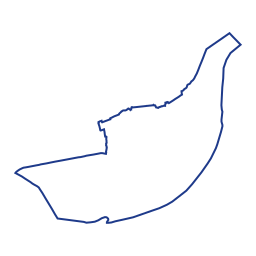 Duyen Hai, Trà Vinh, Vietnam (Mercator projection)
{"feature_id": "81297802B81116648730753", "entity_name": "Duyen Hai", "entity_type": "district", "adm_level": 2, "iso_a3": "VNM", "parent_name": "Vietnam", "parent_adm1": "Trà Vinh", "projection": "mercator", "projection_center": [106.448, 9.668], "detail": "fine", "context": "isolated", "style": "outline", "palette": "blue", "viewbox_px": 256, "rotation_deg": 0, "n_neighbors": 0, "source": "geoboundaries", "source_scale": "gbopen_adm2", "svg_char_len": 5275}
<svg xmlns="http://www.w3.org/2000/svg" viewBox="0 0 256 256"><path d="M101.6,120.8L101.2,121.0L100.6,121.1L100.0,121.3L99.8,121.4L99.4,121.6L99.1,121.8L98.8,121.9L98.6,122.0L98.7,122.3L98.8,122.6L98.8,122.8L98.4,123.0L98.4,123.3L98.7,124.1L98.9,124.7L99.0,125.1L99.4,126.1L99.5,126.7L99.7,127.4L99.8,127.9L99.9,128.3L100.1,129.0L100.1,129.5L100.3,130.2L100.4,130.4L100.6,130.5L101.0,130.4L102.0,130.1L102.5,129.9L103.2,129.6L104.0,129.3L104.3,130.9L104.5,131.9L104.6,132.5L104.7,133.6L104.9,135.0L105.1,136.1L105.1,136.3L105.2,136.5L105.4,136.4L105.7,136.4L106.0,136.5L106.4,136.7L106.5,137.0L106.4,137.5L106.3,138.4L106.3,139.0L106.3,139.6L106.4,140.1L106.5,140.6L106.5,141.4L106.5,141.7L106.6,142.4L106.6,142.7L106.6,142.9L106.5,143.0L106.4,143.2L106.2,143.3L106.1,143.6L106.1,143.9L106.1,144.3L106.2,144.6L106.2,144.9L106.2,145.1L106.1,145.3L106.3,145.6L106.4,145.9L106.5,146.1L106.6,146.3L106.5,146.5L106.5,146.9L106.6,147.1L106.7,147.3L106.8,147.6L106.7,147.9L106.7,148.2L106.6,148.4L106.6,148.9L106.4,149.8L106.3,150.1L106.3,150.4L106.3,150.6L106.2,150.9L106.2,151.1L106.1,151.3L106.0,151.8L106.1,152.2L106.1,152.4L106.2,152.7L106.1,152.9L106.0,153.1L106.0,153.3L106.0,153.5L106.0,153.8L105.6,153.8L104.2,153.5L102.7,153.2L101.6,153.1L100.9,153.1L98.0,153.7L93.2,154.6L90.7,155.0L86.4,155.7L84.7,156.2L80.5,157.1L78.4,157.3L74.7,158.0L68.9,159.1L59.8,160.8L55.3,161.6L50.3,162.6L49.4,162.8L46.5,163.4L42.4,164.1L40.7,164.4L39.0,164.9L36.6,165.3L27.8,167.0L25.5,167.4L23.5,167.7L22.3,168.2L19.6,169.5L18.0,170.6L16.8,171.5L15.9,172.3L15.4,173.0L17.1,173.9L18.6,174.7L21.9,176.5L25.3,178.8L30.5,182.1L32.3,183.5L34.3,184.7L36.9,186.1L38.3,187.1L38.8,187.5L39.9,189.3L42.3,192.9L45.6,198.5L48.7,203.6L51.9,208.9L55.0,214.3L57.6,218.5L83.8,221.9L86.4,222.7L90.7,222.3L94.8,221.7L98.3,220.3L101.8,218.2L105.0,217.1L106.6,217.3L108.1,218.6L108.3,219.9L106.9,222.1L106.9,222.8L108.4,222.8L111.3,222.5L115.3,221.3L122.6,219.7L133.1,217.3L151.7,210.8L159.3,208.2L167.0,204.7L172.3,201.6L186.3,190.7L188.9,187.8L192.1,184.2L201.4,172.4L207.7,163.4L210.9,158.4L215.9,148.2L217.3,144.3L221.0,131.9L222.4,126.4L222.4,124.9L221.5,121.7L221.5,119.6L222.4,111.7L221.8,109.5L221.4,105.2L222.3,87.2L223.2,78.6L223.6,68.0L226.4,59.8L230.5,53.0L240.6,44.7L232.8,36.7L229.5,33.2L206.5,49.1L206.2,49.8L204.6,53.8L203.1,57.8L201.5,61.8L199.8,65.9L198.2,70.1L197.0,73.0L196.9,73.3L196.8,73.5L196.2,74.6L195.5,75.9L195.1,76.6L194.8,77.3L194.2,78.5L193.9,78.9L193.7,79.2L193.1,80.0L192.9,80.2L192.7,80.4L192.2,80.8L191.8,81.1L191.5,81.3L191.4,81.5L191.2,81.6L191.0,82.0L190.4,82.9L190.2,83.2L190.0,83.5L189.8,83.7L189.6,83.8L189.3,84.0L189.0,84.1L188.4,84.4L188.1,84.5L187.9,84.6L187.7,84.7L187.6,84.8L187.4,85.0L187.2,85.5L187.1,85.9L186.9,86.5L186.8,87.0L186.7,87.2L186.6,87.5L186.4,87.7L186.1,88.0L185.8,88.2L185.6,88.4L184.8,88.8L184.6,88.9L184.4,89.1L184.2,89.2L184.0,89.5L183.5,90.2L183.3,90.3L183.1,90.5L182.9,90.6L182.7,90.7L182.4,90.9L182.1,91.0L181.5,91.2L181.8,93.8L182.0,94.6L180.8,95.3L179.8,96.0L178.9,96.7L177.0,97.9L175.2,99.0L173.5,100.2L169.9,102.5L168.9,103.1L168.4,102.5L168.3,102.4L168.1,102.3L167.7,102.0L167.4,102.1L167.3,102.3L167.2,102.6L166.8,102.5L166.6,102.4L166.5,102.6L166.5,102.8L166.2,102.9L165.6,102.6L165.4,102.6L165.3,102.8L165.4,103.1L165.5,103.5L165.6,103.8L165.4,104.1L165.3,104.4L165.2,104.6L165.1,105.0L165.1,105.3L165.1,105.7L165.1,105.9L164.9,105.9L164.7,105.7L164.4,105.5L164.2,105.6L163.5,105.8L162.9,106.1L162.1,106.3L161.9,106.2L161.7,106.2L161.4,106.3L161.2,106.5L160.8,106.7L160.6,106.7L160.4,106.7L160.3,106.8L160.1,106.9L160.0,107.0L159.8,107.0L159.6,107.0L159.4,107.0L159.2,107.1L158.7,107.4L158.6,107.6L158.5,107.8L158.4,107.9L158.2,107.9L157.9,107.9L157.7,107.8L157.6,107.7L157.4,107.7L157.2,107.6L156.8,107.5L156.6,107.5L156.4,107.4L156.2,107.4L156.1,107.1L155.8,106.9L155.7,106.6L155.5,106.3L155.4,106.1L155.3,105.8L155.3,105.5L155.2,105.4L154.2,105.2L153.5,105.0L153.4,104.9L153.3,105.0L153.3,105.3L153.1,105.3L152.6,105.3L151.7,105.4L151.1,105.5L150.9,105.5L149.8,105.6L148.9,105.7L147.1,105.9L146.6,105.9L146.3,106.0L145.3,106.1L143.5,106.3L141.6,106.5L139.8,106.7L137.9,106.9L136.1,107.1L133.0,107.4L132.7,107.4L132.4,107.4L132.3,107.2L132.2,107.1L131.9,107.1L131.6,107.2L131.5,107.4L131.5,107.7L131.4,108.0L131.4,108.4L131.3,108.6L131.2,108.9L131.0,109.1L131.0,109.3L131.1,109.6L130.8,109.7L130.6,109.7L130.5,109.8L130.4,109.9L130.3,109.7L130.2,109.5L130.1,109.4L129.9,109.4L129.6,109.2L129.4,109.2L129.2,109.1L129.0,108.9L128.8,108.8L128.7,108.6L128.3,108.5L128.1,108.7L127.5,109.2L127.3,109.3L127.1,109.4L126.9,109.6L126.8,109.8L126.5,110.0L126.2,110.1L125.8,110.3L125.5,110.4L125.2,110.4L124.9,110.5L124.6,110.4L124.3,110.4L123.7,110.4L123.2,110.5L122.8,110.6L122.6,110.8L122.2,111.1L121.8,111.2L121.7,111.3L121.6,111.5L121.4,111.7L121.2,111.7L120.8,112.2L120.6,112.4L120.3,112.7L120.1,112.9L119.8,113.1L119.6,113.3L119.4,113.5L119.0,114.0L119.0,114.3L118.9,114.4L118.9,114.5L118.5,114.7L117.9,114.9L117.2,115.2L115.9,115.7L115.1,116.0L114.1,116.4L113.1,116.9L112.2,117.4L110.2,118.3L110.1,118.6L110.2,118.9L110.3,119.3L109.6,119.5L106.7,120.6L106.1,120.8L105.0,121.2L104.6,121.4L103.4,121.8L102.9,122.0L102.4,122.1L102.1,122.3L102.0,122.2L101.9,121.7L101.8,121.4L101.6,120.8Z" fill="none" stroke="#1e3a8a" stroke-width="2"/></svg>